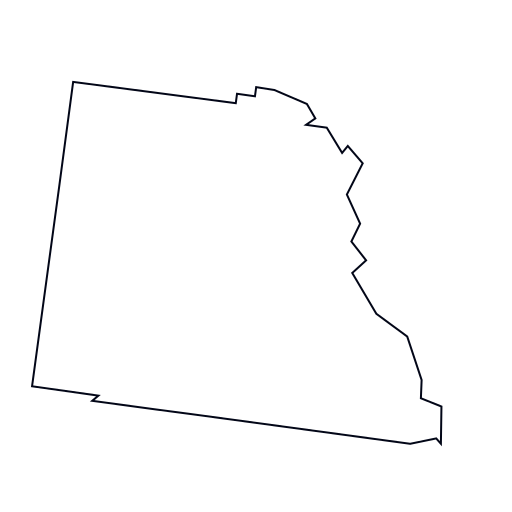 outline of Wilcox, Georgia, United States of America, rotated 7°
{"feature_id": "52423323B95461713566074", "entity_name": "Wilcox", "entity_type": "district", "adm_level": 2, "iso_a3": "USA", "parent_name": "United States of America", "parent_adm1": "Georgia", "projection": "natural_earth1", "projection_center": [-83.364, 31.989], "detail": "fine", "context": "isolated", "style": "outline", "palette": "ink", "viewbox_px": 512, "rotation_deg": 7, "n_neighbors": 0, "source": "geoboundaries", "source_scale": "gbopen_adm2", "svg_char_len": 551}
<svg xmlns="http://www.w3.org/2000/svg" viewBox="0 0 512 512"><g transform="rotate(7 256 256)"><path d="M49.6,412.6L116.6,413.8L111.1,419.7L175.0,420.5L209.4,420.8L431.9,423.6L457.1,415.1L462.4,419.8L458.4,382.8L437.0,377.1L435.5,358.9L415.9,317.5L382.5,298.7L353.6,261.1L365.8,246.9L348.9,230.0L355.4,211.2L338.7,183.9L350.6,151.0L333.7,135.6L328.9,143.2L310.6,120.0L289.7,119.7L298.1,112.2L288.0,98.9L254.0,89.0L235.6,88.4L235.5,97.6L217.4,97.3L217.3,106.8L53.3,105.5L52.2,210.6L49.6,412.6Z" fill="none" stroke="#020617" stroke-width="2"/></g></svg>